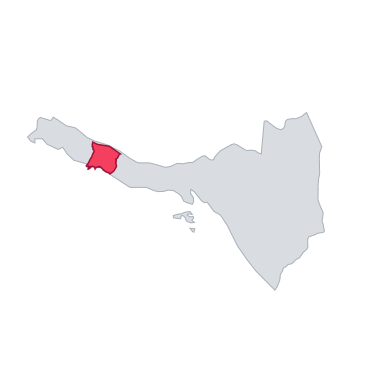 Maekel Deb.Keih Bahri, Debubawi Keyih Bahri, Eritrea shown in context, rotated 161°
{"feature_id": "51966322B58552537539737", "entity_name": "Maekel Deb.Keih Bahri", "entity_type": "district", "adm_level": 2, "iso_a3": "ERI", "parent_name": "Eritrea", "parent_adm1": "Debubawi Keyih Bahri", "projection": "albers", "projection_center": [41.68, 13.747], "detail": "fine", "context": "in_parent", "style": "filled", "palette": "rose", "viewbox_px": 384, "rotation_deg": 161, "n_neighbors": 0, "source": "geoboundaries", "source_scale": "gbopen_adm2", "svg_char_len": 6092}
<svg xmlns="http://www.w3.org/2000/svg" viewBox="0 0 384 384"><g transform="rotate(161 192 192)"><path d="M57.8,229.8L56.7,217.5L56.0,209.3L55.2,200.7L54.5,192.5L58.5,187.6L60.5,182.9L65.4,167.5L67.3,164.5L71.1,156.3L71.7,153.9L75.5,143.5L75.3,136.6L74.7,129.6L76.7,125.5L78.6,122.2L78.5,119.4L79.4,112.9L80.0,111.3L82.1,111.2L86.5,112.1L89.7,111.5L93.5,111.6L96.3,111.5L98.1,109.5L100.5,101.9L102.1,100.4L103.2,100.0L106.6,98.6L109.4,96.5L111.7,94.9L112.6,94.6L115.0,94.4L117.4,93.5L118.6,92.5L121.6,91.7L124.6,92.2L126.6,91.3L128.0,90.7L129.5,90.7L130.9,89.8L131.5,88.5L132.4,87.6L134.8,85.7L135.9,84.3L136.4,82.9L136.9,81.7L137.9,79.8L142.0,75.0L145.6,72.2L157.5,96.9L162.4,111.4L166.6,126.5L169.6,149.3L172.6,160.9L177.6,166.6L181.0,177.5L183.9,177.9L186.0,180.9L189.6,191.1L192.3,194.9L193.7,191.6L193.5,189.8L192.5,186.6L193.5,182.6L195.6,180.2L200.2,183.5L202.8,186.0L203.4,191.0L204.5,193.8L209.4,199.7L213.5,201.4L218.9,201.9L223.4,203.2L227.0,205.3L233.8,211.3L249.2,216.6L261.7,232.6L269.0,243.6L293.3,260.4L297.5,268.4L299.7,276.3L304.8,275.9L313.6,284.5L316.1,291.0L323.3,293.4L324.5,289.5L328.0,292.7L329.5,297.6L324.9,299.6L319.8,301.3L319.1,301.3L317.4,303.6L315.0,309.8L312.4,311.6L311.0,311.8L303.1,306.0L301.9,305.7L300.1,306.8L298.9,308.0L295.2,303.6L292.5,299.7L288.7,295.1L285.1,293.0L281.2,290.4L277.4,284.3L273.4,277.6L267.7,272.1L256.8,264.2L246.9,254.1L239.4,243.6L234.5,238.1L232.4,236.7L222.4,233.2L215.3,228.4L209.9,224.4L206.6,223.4L203.4,223.2L196.5,223.9L190.8,221.4L188.4,221.4L184.6,220.6L181.6,219.7L178.1,220.8L170.8,222.5L167.9,222.0L166.3,219.6L165.4,217.7L162.9,215.7L160.8,215.6L159.6,217.4L152.0,221.7L139.3,224.0L136.3,223.8L134.1,222.0L127.8,214.3L126.0,213.1L124.6,212.9L121.6,212.0L118.9,210.5L116.5,207.3L114.1,205.5L111.4,211.6L106.6,222.2L104.1,227.8L100.8,235.2L99.7,235.4L98.1,234.8L92.0,225.5L88.1,222.0L85.1,222.3L82.9,223.9L81.5,227.0L80.0,228.8L78.3,229.5L74.9,229.1L69.6,227.5L64.2,227.7L58.5,229.7L57.8,229.8ZM207.0,170.7L208.7,173.0L209.8,172.8L210.8,172.0L211.4,170.4L217.9,173.6L217.5,175.7L213.6,175.8L209.2,174.9L205.1,175.2L200.2,174.2L199.1,170.7L202.2,172.4L203.8,172.0L204.1,171.5L201.9,169.1L198.8,168.6L199.0,166.7L200.4,166.0L201.3,165.1L199.5,162.5L203.0,163.1L205.2,164.7L206.7,166.5L207.0,170.7ZM204.4,154.3L205.8,158.4L201.8,156.8L201.2,156.0L202.9,154.4L203.3,153.4L204.4,154.3Z" fill="#d9dde1" stroke="#a8b0b8" stroke-width="1"/><path d="M247.3,251.2L255.2,262.1L265.9,267.8L266.0,267.9L266.1,268.0L266.7,268.6L269.1,271.0L269.6,271.5L269.7,271.3L269.9,271.0L270.0,270.9L270.2,270.4L270.4,270.1L270.5,270.0L270.8,269.4L270.9,269.0L271.1,268.5L271.2,268.3L271.2,268.1L271.3,268.0L271.4,267.7L271.5,267.3L271.5,267.1L271.4,266.8L271.1,266.7L271.0,266.3L271.0,266.1L271.2,265.7L271.8,264.7L271.7,264.3L271.5,264.1L271.3,263.9L271.1,263.6L271.1,263.4L271.2,263.1L271.3,262.6L271.5,262.3L271.5,261.9L271.8,261.7L272.1,261.5L272.4,261.2L272.6,261.1L272.9,260.9L273.6,260.0L274.2,259.4L274.3,259.2L274.6,258.8L275.2,258.1L275.8,257.5L276.3,257.2L276.6,257.0L277.1,256.5L277.7,256.0L278.1,255.7L278.4,255.2L279.2,254.5L279.4,254.3L279.9,253.8L280.2,253.5L280.5,253.3L281.4,252.4L281.6,252.2L281.8,252.1L282.2,251.9L282.7,251.8L283.1,251.5L283.4,251.2L283.2,251.0L283.2,250.9L283.2,250.7L283.1,250.4L283.0,250.5L282.9,250.5L282.6,250.4L282.4,250.3L282.2,250.3L282.0,250.0L281.9,249.9L281.9,249.6L281.9,249.4L281.9,249.2L281.7,249.3L281.7,249.2L281.5,249.3L281.4,249.3L281.4,249.2L281.1,249.2L280.9,249.3L280.7,249.3L280.7,249.5L280.6,249.4L280.5,249.2L280.4,249.0L280.4,248.9L280.2,249.0L280.2,248.9L279.9,248.8L279.9,248.7L280.0,248.5L279.9,248.4L279.7,248.3L279.5,248.5L279.4,248.6L279.1,248.7L278.8,248.6L278.6,248.7L278.4,248.5L278.1,248.7L277.9,248.6L277.7,248.7L277.6,248.8L277.4,248.7L277.3,248.4L277.2,248.4L277.1,248.2L276.9,248.0L276.9,247.9L276.8,247.7L276.5,247.6L276.4,247.6L276.2,247.5L276.1,247.3L276.1,247.2L275.7,247.0L275.7,246.8L275.6,246.6L275.4,246.3L275.4,246.2L275.2,246.2L274.9,246.1L274.7,246.1L274.2,246.2L274.0,246.3L273.9,246.4L273.8,246.5L273.4,246.5L273.2,246.4L272.9,246.4L272.7,246.3L272.5,246.5L272.4,246.5L272.2,246.6L271.8,246.4L271.7,246.2L271.8,246.0L271.9,245.9L271.8,245.7L271.7,245.6L271.4,245.6L271.2,245.6L270.9,245.8L270.7,245.7L270.6,245.8L270.4,245.8L270.3,245.6L270.1,245.3L270.1,245.1L270.0,244.9L269.9,244.7L269.9,244.4L269.8,244.2L269.7,244.1L269.6,243.9L269.5,243.7L269.4,243.4L269.2,243.1L269.0,242.8L269.0,242.7L268.9,242.6L268.8,242.3L268.8,241.6L268.6,241.4L268.5,241.5L268.4,241.5L268.3,241.4L268.3,241.2L268.1,241.1L268.0,240.9L267.9,240.8L267.9,240.7L267.7,240.4L267.6,240.2L267.4,239.9L267.3,239.7L267.2,239.6L267.0,239.4L266.8,239.3L266.8,239.2L266.7,239.2L266.4,238.9L266.2,238.6L265.8,238.3L265.7,238.1L265.3,238.0L265.3,237.9L265.1,237.7L264.8,237.5L264.7,237.5L264.6,237.4L264.4,237.1L264.2,236.8L264.2,236.7L263.9,236.4L263.9,236.1L263.8,235.9L263.7,236.0L263.3,236.0L263.0,236.1L262.8,236.1L262.4,236.3L261.2,236.5L260.1,236.9L259.8,237.0L258.9,237.5L258.4,237.8L257.8,238.3L257.5,238.6L257.0,239.0L256.5,239.4L256.3,239.6L255.9,239.9L255.7,240.1L255.2,240.8L255.0,241.1L254.9,241.3L254.8,241.5L254.8,242.0L254.9,242.6L254.9,243.1L254.8,243.4L254.6,243.7L254.5,244.1L254.5,244.4L254.5,244.7L254.5,244.8L254.3,244.9L254.3,245.0L254.1,245.0L254.0,245.5L253.9,245.7L253.7,245.9L253.6,246.0L253.6,246.4L253.6,246.5L253.4,246.6L253.2,246.7L253.1,246.9L253.1,247.0L253.3,247.2L253.4,247.4L253.5,247.7L253.5,247.8L253.4,247.9L253.2,248.0L252.7,248.1L252.2,248.2L251.6,248.2L251.4,248.3L251.1,248.7L250.9,249.1L250.7,249.3L250.2,249.4L250.0,249.5L249.9,249.6L249.8,250.0L249.6,250.4L249.4,250.6L249.2,250.7L249.0,250.8L248.7,251.0L248.1,251.2L247.9,251.3L247.6,251.4L247.4,251.2L247.3,251.2ZM282.9,247.5L282.9,247.4L282.7,247.4L282.7,247.5L282.4,247.7L282.2,247.8L282.0,248.0L282.3,248.1L282.5,247.9L282.7,247.7L282.8,247.6L282.9,247.5ZM280.9,247.9L280.9,247.7L280.7,247.8L280.4,248.1L280.4,248.3L280.5,248.3L280.6,248.2L280.8,248.1L280.8,247.9L280.9,247.9ZM276.2,245.6L276.2,245.4L276.0,245.6L276.2,245.6Z" fill="#f43f5e" stroke="#9f1239" stroke-width="1.5"/></g></svg>